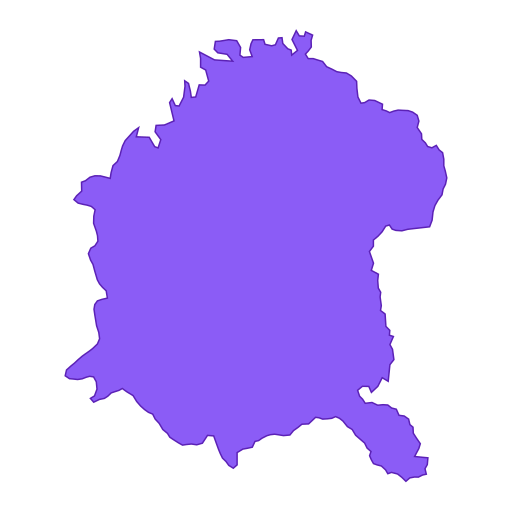 Ipê, Rio Grande do Sul, Brazil (Equal Earth projection)
{"feature_id": "56859067B62664054326026", "entity_name": "Ipê", "entity_type": "district", "adm_level": 2, "iso_a3": "BRA", "parent_name": "Brazil", "parent_adm1": "Rio Grande do Sul", "projection": "equal_earth", "projection_center": [-51.295, -28.718], "detail": "fine", "context": "isolated", "style": "filled", "palette": "violet", "viewbox_px": 512, "rotation_deg": 0, "n_neighbors": 0, "source": "geoboundaries", "source_scale": "gbopen_adm2", "svg_char_len": 3995}
<svg xmlns="http://www.w3.org/2000/svg" viewBox="0 0 512 512"><path d="M81.5,182.2L81.7,191.1L76.6,195.8L73.9,199.6L78.1,203.1L83.3,204.4L87.0,205.1L91.3,206.4L95.1,209.7L93.8,216.2L93.6,223.3L96.4,231.3L97.5,235.7L97.9,241.2L94.9,245.8L90.8,248.2L88.4,253.7L90.6,260.1L93.0,264.4L94.8,271.2L97.3,279.7L99.5,283.8L102.5,287.3L106.2,290.8L107.4,298.1L101.8,299.4L97.4,300.9L94.8,304.5L94.0,309.2L94.8,314.8L96.6,325.8L98.8,332.5L99.6,338.8L97.4,344.0L92.7,348.5L89.5,351.0L85.5,353.8L82.3,356.1L78.2,359.6L74.4,363.2L70.8,366.1L66.5,370.0L65.2,375.8L69.5,378.7L73.1,379.0L77.6,379.5L82.2,378.8L86.3,377.2L89.7,376.3L93.6,376.9L96.3,381.8L97.0,389.1L94.5,395.9L90.4,398.4L93.7,402.2L99.5,399.4L104.4,398.4L107.8,396.2L111.2,392.9L114.8,391.7L118.9,390.4L122.3,388.5L126.7,391.7L133.1,395.6L136.7,401.5L140.6,406.0L144.5,409.5L148.4,412.3L152.7,414.1L155.2,419.1L159.2,423.4L162.8,429.5L167.5,433.4L169.8,437.2L172.9,439.3L178.4,442.8L182.5,445.1L186.5,444.5L191.4,444.0L196.7,444.8L202.4,443.2L207.5,435.4L213.7,435.9L216.5,443.7L218.6,449.5L220.3,453.6L222.5,458.1L226.0,461.5L228.8,465.4L233.3,468.2L237.1,464.9L237.1,459.1L237.1,452.6L242.8,449.1L247.2,448.3L252.3,447.2L255.0,441.4L258.6,440.6L262.0,438.2L266.9,435.7L270.3,434.7L274.6,434.2L278.0,434.7L283.5,435.6L289.9,435.0L293.5,430.6L298.0,427.4L301.9,424.2L308.6,423.9L315.6,417.3L319.1,417.8L322.6,419.1L327.5,418.8L331.8,418.3L335.6,416.6L339.5,418.3L343.0,421.1L347.4,426.6L352.2,429.5L355.6,435.2L359.6,438.7L364.6,443.0L367.1,448.1L371.0,451.5L369.6,455.7L371.3,459.7L373.5,463.6L377.1,464.9L381.4,466.0L385.6,469.9L387.8,473.7L391.5,472.4L397.6,474.0L401.8,477.3L405.9,481.3L409.8,477.9L414.6,477.0L418.4,477.1L422.6,475.0L426.3,474.2L425.0,468.7L427.3,464.6L427.9,457.8L422.5,457.3L414.6,456.5L416.7,452.5L418.8,448.6L420.3,443.7L416.3,437.9L413.3,433.2L413.0,427.2L409.9,424.6L408.6,419.1L404.2,416.0L399.0,415.3L396.3,409.2L391.6,408.0L387.8,405.0L383.0,404.7L377.7,405.2L372.0,402.5L365.2,403.3L362.6,399.2L359.6,396.2L357.6,390.3L362.4,386.3L368.8,386.4L371.4,392.4L377.8,386.4L382.2,377.7L388.2,381.3L389.9,364.7L393.9,359.6L392.5,349.3L389.9,344.6L393.4,336.5L389.4,335.2L389.8,330.4L385.9,326.4L385.1,314.0L380.5,310.5L381.3,305.7L380.1,296.9L380.7,292.3L378.3,288.1L377.7,280.5L378.4,274.2L371.3,270.4L373.5,263.2L369.4,251.5L373.4,246.2L373.4,240.0L377.9,236.3L382.1,231.8L385.7,226.1L389.4,225.0L392.1,229.1L395.8,230.4L401.9,230.8L407.7,229.3L411.9,228.8L429.6,226.8L432.1,220.2L433.0,211.9L434.9,205.6L438.0,200.1L442.0,194.8L443.1,189.0L445.5,184.2L446.8,177.9L445.3,171.1L443.8,165.8L443.8,159.2L442.6,152.7L439.1,149.9L436.3,145.4L431.9,147.8L427.6,146.5L425.4,142.9L421.8,139.4L421.5,133.8L417.2,127.5L418.9,121.1L417.2,115.3L412.6,112.1L408.1,110.6L403.7,110.4L398.1,110.1L393.7,111.1L389.7,112.6L386.2,110.9L382.1,109.6L382.5,104.2L378.5,102.3L374.7,100.5L369.0,100.0L364.7,102.6L361.0,103.2L357.9,97.0L356.9,88.4L356.6,81.3L351.4,76.0L346.4,73.0L341.3,72.5L336.8,71.7L332.0,69.2L326.6,66.7L322.6,61.5L317.3,59.9L313.2,58.6L308.2,58.6L305.4,54.1L308.2,51.1L311.3,47.0L311.1,40.3L312.6,35.1L305.6,31.9L304.3,36.2L299.3,35.9L296.2,30.7L292.0,39.5L297.5,50.4L291.7,55.1L291.2,50.1L287.8,48.8L282.8,43.5L282.0,37.7L278.4,38.0L275.4,44.8L271.6,45.8L265.0,44.3L263.6,39.7L252.9,39.8L251.0,43.8L249.7,49.8L252.2,56.6L243.2,57.4L239.9,55.1L240.6,47.5L236.7,40.7L228.8,39.7L219.6,41.2L215.4,41.4L214.2,49.1L217.8,52.8L227.1,54.3L232.7,61.2L214.5,59.9L199.5,52.0L200.6,58.4L200.6,67.2L205.7,70.0L208.7,81.1L205.0,85.1L199.2,84.9L195.7,97.0L191.3,97.4L190.4,91.2L188.5,83.4L184.7,80.8L185.0,86.3L183.6,97.2L179.1,106.0L175.3,105.6L172.1,98.7L169.6,102.6L174.0,120.9L164.4,125.0L156.1,125.4L155.1,131.8L160.8,139.6L158.1,147.9L154.7,146.7L149.2,137.3L136.3,136.8L138.6,127.7L133.6,131.3L130.2,135.1L125.2,140.6L122.6,145.9L121.3,150.2L119.9,155.5L117.4,161.5L113.0,165.6L111.1,172.6L110.2,178.4L105.3,177.1L100.4,175.9L94.9,175.8L90.0,177.2L85.5,180.7L81.5,182.2Z" fill="#8b5cf6" stroke="#5b21b6" stroke-width="1.5"/></svg>